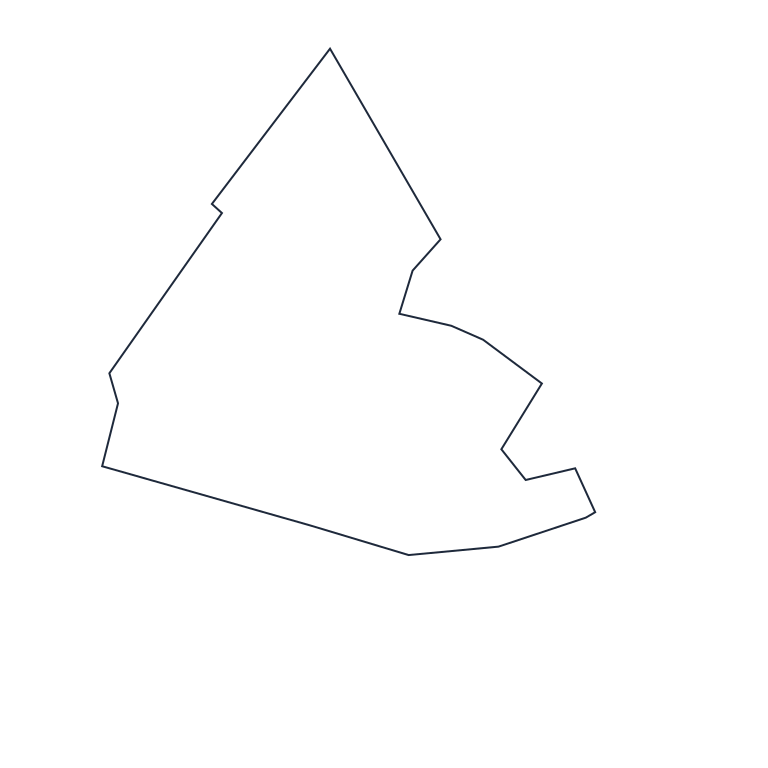 outline of Malbaza, Tahoua, Niger, rotated 217°
{"feature_id": "23599985B4654450212041", "entity_name": "Malbaza", "entity_type": "district", "adm_level": 2, "iso_a3": "NER", "parent_name": "Niger", "parent_adm1": "Tahoua", "projection": "albers", "projection_center": [5.498, 14.04], "detail": "fine", "context": "isolated", "style": "outline", "palette": "slate", "viewbox_px": 768, "rotation_deg": 217, "n_neighbors": 0, "source": "geoboundaries", "source_scale": "gbopen_adm2", "svg_char_len": 418}
<svg xmlns="http://www.w3.org/2000/svg" viewBox="0 0 768 768"><g transform="rotate(217 384 384)"><path d="M138.2,408.7L180.6,431.7L213.1,392.6L251.0,402.5L258.2,479.4L331.5,479.0L365.3,471.0L414.0,449.3L429.4,491.8L425.9,533.6L628.9,619.3L629.8,424.2L616.3,423.0L609.8,227.3L584.8,208.5L559.6,148.7L357.9,226.6L261.4,262.2L194.7,323.0L142.4,398.7L138.2,408.7Z" fill="none" stroke="#1e293b" stroke-width="2"/></g></svg>